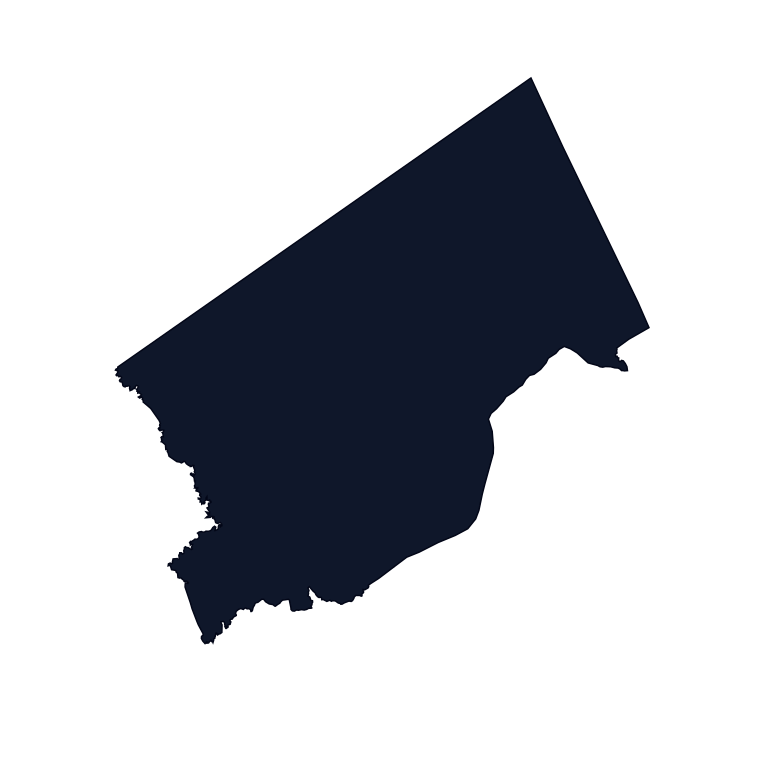 the district of Pegunungan Bintang, Papua, Indonesia, rotated 235°
{"feature_id": "22746128B40289792856685", "entity_name": "Pegunungan Bintang", "entity_type": "district", "adm_level": 2, "iso_a3": "IDN", "parent_name": "Indonesia", "parent_adm1": "Papua", "projection": "natural_earth1", "projection_center": [140.263, -4.495], "detail": "fine", "context": "isolated", "style": "filled", "palette": "ink", "viewbox_px": 768, "rotation_deg": 235, "n_neighbors": 0, "source": "geoboundaries", "source_scale": "gbopen_adm2", "svg_char_len": 6146}
<svg xmlns="http://www.w3.org/2000/svg" viewBox="0 0 768 768"><g transform="rotate(235 384 384)"><path d="M550.4,679.9L550.6,175.7L549.4,174.8L549.9,173.1L549.4,172.0L547.2,173.5L546.1,172.4L545.1,169.7L544.2,169.7L543.6,170.7L542.8,171.2L542.0,171.0L541.4,172.6L539.9,172.8L538.9,171.3L539.1,170.3L538.4,169.2L537.1,169.2L536.3,170.2L535.4,170.5L532.4,169.2L531.1,169.5L530.1,170.3L530.4,171.3L529.6,172.1L529.0,173.9L527.6,174.4L526.6,173.2L524.2,172.2L524.1,173.3L523.7,174.0L524.0,174.9L523.8,175.7L524.0,176.4L523.1,177.5L524.3,178.4L524.9,180.4L523.9,181.2L522.4,181.1L521.4,178.1L520.5,178.2L519.8,177.5L519.1,178.5L518.2,178.9L518.5,177.6L517.7,177.1L517.3,178.4L514.4,179.2L513.9,178.3L514.2,175.3L512.6,175.8L512.3,178.1L510.9,178.2L510.1,177.1L508.5,177.4L507.4,176.4L497.8,178.9L483.1,178.9L479.9,178.2L479.6,177.2L478.8,176.5L478.2,176.8L477.7,176.0L476.7,175.5L477.2,174.6L476.8,173.5L475.2,173.5L475.6,174.2L474.1,174.0L473.7,175.8L472.3,177.1L471.2,175.6L471.5,174.5L470.3,174.5L467.3,173.0L468.1,172.3L468.3,171.6L468.0,170.6L466.9,170.5L465.9,169.8L465.2,169.8L464.5,168.4L463.8,169.0L459.6,170.1L455.5,167.7L455.0,168.7L453.8,168.6L452.9,167.7L451.9,167.8L448.0,166.5L439.2,169.8L437.1,172.0L435.6,172.7L435.3,174.2L435.5,175.7L434.7,176.4L432.0,176.4L429.3,177.3L428.5,178.2L427.6,177.9L426.9,179.1L427.2,180.5L426.3,181.5L425.6,180.5L421.7,179.5L421.1,178.4L418.7,177.8L418.1,176.2L419.7,176.2L419.6,175.2L421.3,175.3L421.6,174.3L420.7,173.5L417.2,174.8L415.5,174.4L413.2,173.1L412.6,173.7L412.0,172.8L410.1,171.9L409.3,170.3L408.4,170.0L407.5,170.3L407.4,169.3L406.4,170.3L405.9,172.0L405.1,171.3L405.0,169.4L404.3,168.7L402.0,170.5L399.0,170.7L399.2,169.8L398.5,169.1L396.3,169.5L395.6,168.7L396.1,167.3L397.1,166.4L396.3,165.9L395.5,166.7L393.7,166.8L392.9,165.7L392.0,166.8L390.1,165.8L390.1,167.1L389.2,167.6L389.0,168.4L389.6,169.2L390.4,168.5L391.0,169.2L390.9,171.1L393.0,173.3L393.4,174.4L391.7,173.4L390.9,172.2L389.1,173.5L389.0,174.6L387.7,174.1L387.2,174.9L386.3,174.4L386.4,173.0L387.0,171.9L385.9,170.9L384.2,170.6L383.8,169.4L384.0,167.9L379.2,167.8L377.9,166.6L380.0,166.0L381.2,164.9L378.0,165.0L376.7,165.8L376.9,163.1L376.6,161.4L374.4,165.2L374.4,166.6L373.7,167.8L372.5,166.9L372.3,168.4L371.1,167.4L370.2,167.8L367.0,166.6L365.3,167.6L364.4,170.5L362.4,170.7L360.8,169.9L360.8,168.3L362.6,169.1L363.3,168.0L362.3,166.6L360.4,165.2L360.4,162.6L361.0,161.4L363.2,164.1L364.7,163.6L364.6,161.4L363.4,158.8L363.5,157.2L364.0,155.8L365.6,153.6L365.6,152.3L366.5,150.6L367.8,149.9L368.8,147.7L368.8,145.7L367.4,145.9L365.6,145.3L364.3,144.3L363.9,142.0L365.4,140.1L365.2,138.3L365.4,136.3L365.0,135.0L366.0,135.0L365.5,133.7L364.3,133.7L363.2,133.1L363.4,134.2L362.4,135.3L360.5,132.5L358.8,132.4L358.9,131.2L362.5,129.6L363.2,128.6L364.6,128.0L364.5,126.6L363.3,125.8L362.3,124.3L360.8,123.7L360.0,122.7L360.5,121.1L361.8,121.4L362.9,119.9L362.0,119.1L361.4,117.7L358.2,116.0L358.5,114.6L359.6,114.5L361.7,110.9L359.4,108.4L358.5,108.1L358.4,107.0L360.0,106.1L360.3,104.3L358.9,102.9L358.4,104.5L357.1,104.6L353.7,103.5L351.0,106.2L350.1,106.4L349.3,105.9L347.3,106.3L343.6,104.2L342.2,105.3L341.6,106.7L340.2,106.7L337.7,107.5L337.0,107.0L336.3,107.3L336.1,108.7L335.4,109.4L333.5,109.7L333.1,108.8L334.1,108.4L334.7,107.6L334.4,106.6L331.8,104.6L315.8,99.9L310.0,97.9L297.3,94.7L293.3,93.8L283.3,92.6L282.5,92.2L282.0,91.3L281.9,89.8L280.4,88.5L277.4,88.1L274.0,88.5L274.6,90.9L274.3,91.1L273.3,90.3L272.5,91.8L273.1,93.4L273.0,94.4L273.3,95.3L272.4,95.5L271.7,95.2L271.2,95.8L270.3,95.6L271.8,97.5L272.9,98.3L272.9,99.8L273.6,100.1L274.0,101.0L274.6,101.2L275.1,102.4L276.3,103.2L276.2,103.7L275.7,104.0L274.9,104.2L274.2,103.7L273.8,103.8L274.1,104.7L273.4,106.6L273.5,108.7L279.6,113.2L281.4,113.4L282.7,114.0L281.7,116.2L280.8,116.5L279.5,116.3L278.0,115.3L276.9,115.3L275.8,115.9L275.7,115.5L276.3,114.5L274.5,114.2L274.3,114.4L274.3,116.8L274.6,117.1L275.3,117.1L276.0,118.2L275.4,120.1L277.0,122.1L278.5,122.0L279.0,122.5L279.1,123.6L278.5,124.9L279.4,127.0L279.1,130.2L279.5,130.5L281.1,130.7L282.6,132.5L282.8,135.5L282.4,137.3L282.1,138.0L280.0,139.5L280.2,140.4L280.0,142.3L278.4,142.8L277.5,144.4L276.3,145.1L275.5,145.2L274.0,144.5L273.6,145.1L273.9,146.2L276.1,148.7L277.2,151.1L278.3,152.7L278.2,153.6L277.5,155.5L277.8,160.4L276.6,162.0L273.6,162.1L269.7,163.8L267.0,166.5L264.8,167.1L264.3,167.6L264.4,170.5L264.2,173.0L264.7,174.0L265.2,176.8L262.4,182.3L261.4,182.6L254.1,179.4L252.6,178.5L250.7,178.8L249.4,180.3L249.0,182.9L247.8,184.0L246.5,187.0L244.6,189.0L243.7,191.4L243.5,193.6L242.1,195.7L242.0,196.4L243.9,196.8L244.4,197.3L244.4,198.3L245.5,199.0L246.2,200.4L247.5,201.1L248.6,199.9L251.9,201.0L254.1,200.1L254.5,200.8L255.9,202.2L257.1,202.6L257.2,203.2L257.9,204.1L260.4,204.7L260.7,205.1L260.9,206.6L255.0,207.1L252.5,207.8L250.4,207.4L247.9,207.6L246.4,208.3L245.5,210.0L244.7,210.2L243.0,209.3L242.3,210.6L238.7,212.5L238.0,215.5L236.2,216.3L235.9,217.7L234.3,219.7L230.9,220.9L229.0,222.5L228.4,222.3L227.7,223.5L227.5,226.0L226.3,230.8L224.7,232.4L224.6,233.9L225.6,236.2L226.5,237.3L227.0,239.6L224.4,243.2L223.6,243.4L223.0,244.1L223.3,244.6L224.6,245.3L224.9,247.5L225.3,248.0L226.7,248.3L227.7,249.0L226.5,250.0L226.1,253.9L226.7,255.2L228.0,255.6L228.3,256.3L228.0,257.2L228.2,257.8L227.8,268.1L229.1,303.3L226.1,316.3L223.1,337.5L219.1,355.5L217.4,369.6L220.9,381.7L226.1,389.3L237.4,401.3L244.2,409.2L264.5,433.7L269.2,437.2L283.2,445.5L295.4,449.4L298.5,454.9L299.2,462.0L301.6,471.9L303.6,476.6L303.2,485.7L304.1,492.9L303.8,496.7L306.5,502.7L307.6,508.1L305.9,512.5L306.2,520.7L308.4,528.9L310.9,533.3L310.6,542.4L311.9,547.2L311.4,553.2L306.0,556.9L298.6,560.1L284.2,563.3L276.3,569.9L274.6,570.6L273.6,571.5L272.3,572.9L271.3,575.4L268.1,579.6L264.9,582.3L262.7,585.0L260.9,585.9L258.7,586.3L257.9,587.5L256.9,588.4L255.3,591.1L258.8,592.9L262.3,593.4L265.7,593.3L267.1,592.1L266.8,590.5L267.1,589.9L268.9,589.7L270.7,591.2L271.4,590.6L273.1,590.8L273.3,589.7L273.6,589.5L275.8,590.9L275.7,592.6L278.0,593.7L278.6,594.6L280.0,595.3L280.3,610.1L278.2,633.4L304.9,638.8L475.2,666.4L550.4,679.9Z" fill="#0f172a" stroke="#020617" stroke-width="1.5"/></g></svg>